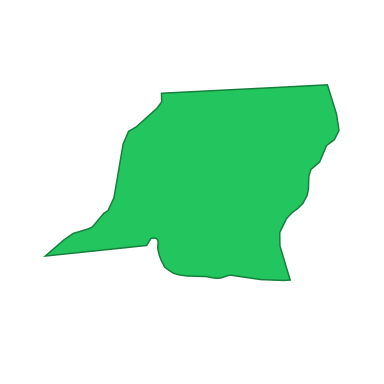 an SVG outline of Neno, rotated 171°
{"feature_id": "MWI-5510", "entity_name": "Neno", "entity_type": "District", "adm_level": 1, "iso_a3": "MWI", "parent_name": "Malawi", "parent_adm1": "", "projection": "mercator", "projection_center": [34.708, -15.405], "detail": "fine", "context": "isolated", "style": "filled", "palette": "green", "viewbox_px": 384, "rotation_deg": 171, "n_neighbors": 0, "source": "natural_earth", "source_scale": "10m", "svg_char_len": 849}
<svg xmlns="http://www.w3.org/2000/svg" viewBox="0 0 384 384"><g transform="rotate(171 192 192)"><path d="M41.5,276.7L37.1,246.6L37.2,229.8L43.2,221.4L51.8,216.9L61.3,201.6L71.0,195.7L74.1,189.5L76.5,176.9L78.8,170.7L84.2,163.4L90.1,159.2L96.4,155.9L102.8,151.0L111.7,138.1L113.6,125.1L108.8,89.7L115.4,90.3L138.0,94.8L166.5,103.7L168.8,103.9L176.8,102.6L180.3,102.8L184.2,103.7L191.0,106.2L210.0,109.8L217.2,112.0L222.9,114.6L226.9,118.1L230.8,122.2L233.1,129.2L234.2,134.7L234.6,139.7L234.5,142.5L233.3,147.7L233.4,150.0L234.5,151.8L237.5,152.6L239.8,152.5L245.2,146.3L346.9,151.7L325.9,164.8L324.4,165.5L315.8,169.7L300.7,171.7L295.8,173.1L282.4,184.8L277.9,186.7L270.0,198.5L252.5,250.2L245.1,261.9L236.9,265.0L213.5,280.2L207.8,285.8L206.7,294.3L155.1,288.8L98.4,282.7L41.5,276.7Z" fill="#22c55e" stroke="#15803d" stroke-width="1.5"/></g></svg>